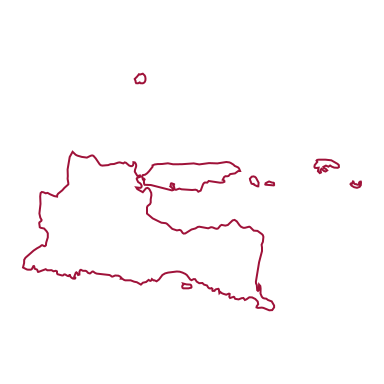 Jawa Timur, Robinson projection
{"feature_id": "IDN-1233", "entity_name": "Jawa Timur", "entity_type": "Province", "adm_level": 1, "iso_a3": "IDN", "parent_name": "Indonesia", "parent_adm1": "", "projection": "robinson", "projection_center": [113.217, -7.252], "detail": "fine", "context": "isolated", "style": "outline", "palette": "rose", "viewbox_px": 384, "rotation_deg": 0, "n_neighbors": 0, "source": "natural_earth", "source_scale": "10m", "svg_char_len": 6004}
<svg xmlns="http://www.w3.org/2000/svg" viewBox="0 0 384 384"><path d="M72.6,151.8L75.6,154.7L77.3,155.6L81.8,156.9L86.9,157.6L90.6,155.8L92.1,155.4L93.4,155.8L95.7,158.4L99.6,164.2L100.7,165.2L102.3,165.6L108.2,165.1L110.5,164.2L114.0,164.0L118.2,162.6L119.8,162.4L123.3,163.4L124.7,162.4L126.0,162.8L129.2,165.6L130.7,166.1L132.0,166.1L133.0,165.3L133.4,163.7L133.4,162.2L134.8,162.4L135.7,163.6L136.2,165.1L136.1,166.7L135.0,169.8L134.8,171.7L137.2,175.7L137.9,176.0L139.9,175.4L140.4,176.7L137.2,177.9L136.7,178.6L136.9,179.5L138.2,182.1L139.9,183.1L141.1,184.4L141.7,186.0L141.3,187.4L140.3,187.9L136.2,187.4L137.3,189.1L142.8,192.2L145.9,188.4L147.4,187.9L148.5,188.4L149.5,189.4L151.2,192.8L151.4,195.2L150.7,199.4L150.7,202.5L150.1,204.0L147.6,206.0L147.0,207.3L147.0,213.6L152.7,218.4L161.4,222.7L165.8,223.2L167.1,223.9L172.3,228.9L176.9,230.4L179.7,229.9L181.1,230.6L182.7,233.0L183.7,233.6L185.3,233.4L191.5,229.5L195.5,228.4L197.7,227.0L199.3,226.7L208.2,228.3L211.0,227.2L212.6,227.4L215.3,228.5L216.9,228.8L218.1,228.4L220.4,225.6L221.6,224.9L225.3,225.6L227.8,225.0L232.6,220.4L234.6,219.9L236.8,221.4L239.5,225.2L241.1,226.8L243.3,227.8L244.9,227.8L249.2,226.7L250.2,227.1L253.7,230.6L257.5,230.9L261.9,234.1L262.9,235.2L263.4,236.9L262.9,241.8L261.6,244.7L262.0,247.4L262.0,251.1L259.1,262.2L255.9,281.7L256.0,283.3L256.8,285.1L257.2,290.2L258.0,290.9L258.8,290.0L259.1,284.6L260.3,286.0L260.6,288.5L260.5,293.6L261.8,296.7L262.9,297.9L264.1,298.4L266.3,298.7L268.0,300.0L271.7,301.4L274.1,305.5L274.1,307.4L272.2,310.1L269.3,310.3L263.4,307.9L261.8,307.6L258.0,307.9L256.5,307.4L256.7,306.3L258.2,304.2L257.7,301.5L255.3,299.0L252.1,297.4L249.3,297.3L246.5,299.3L244.9,300.0L243.4,298.0L241.6,298.2L238.6,299.4L235.5,298.9L234.9,298.6L234.3,297.1L233.7,296.8L230.1,298.0L229.3,296.8L229.7,294.0L229.0,293.6L226.2,294.7L223.3,293.8L221.5,293.0L220.4,292.0L219.4,293.1L218.8,289.3L218.3,288.8L216.0,289.3L215.1,289.9L214.5,290.9L212.6,290.9L212.4,290.6L212.4,288.8L211.5,288.1L210.3,288.5L209.2,288.3L208.2,287.5L207.0,285.5L204.0,284.6L202.4,283.0L199.2,283.2L196.7,281.6L195.1,279.2L193.7,279.1L191.5,280.2L190.2,279.5L186.9,275.1L185.3,273.9L182.5,272.6L179.7,271.7L176.8,271.5L168.1,272.6L165.1,273.4L162.4,275.0L159.0,279.5L156.6,281.3L154.4,280.3L153.5,280.4L151.9,279.1L151.4,280.2L150.9,280.7L150.2,280.9L148.6,279.9L146.1,282.0L142.9,282.7L140.9,284.6L136.8,282.2L134.2,281.7L130.6,280.3L125.2,280.3L124.2,280.0L122.3,278.8L120.8,278.7L121.3,277.7L120.0,276.5L118.4,275.7L115.2,275.5L112.6,276.6L111.7,276.5L110.5,275.5L109.3,275.0L96.7,273.6L95.2,273.0L93.1,271.5L92.4,271.5L90.1,273.4L89.5,273.4L88.1,272.9L86.5,271.2L85.5,270.8L82.9,270.8L80.9,269.8L80.1,270.2L79.4,271.8L79.4,274.6L78.1,275.0L77.0,272.8L76.4,272.3L75.8,272.7L74.2,276.8L75.2,277.4L75.4,277.9L75.1,278.5L74.3,278.7L72.8,278.5L71.5,277.7L70.4,276.6L69.9,275.0L69.4,275.0L68.6,276.1L67.5,275.9L65.2,274.5L64.2,274.4L63.2,275.3L62.2,275.5L57.5,274.2L57.0,273.0L57.0,271.4L55.8,270.8L53.5,271.3L51.6,270.2L47.3,270.3L45.7,269.2L38.5,271.9L37.9,271.8L37.4,270.2L37.0,269.6L34.7,268.7L34.3,266.7L33.9,266.0L33.4,266.1L31.8,269.1L30.8,269.7L28.0,269.7L26.7,269.4L23.0,267.5L24.1,263.1L24.2,259.8L25.5,257.7L33.6,250.6L37.0,248.3L39.9,246.7L41.6,245.3L42.4,245.2L44.1,246.1L44.8,246.2L45.5,245.7L45.9,245.3L46.2,242.6L47.8,237.4L47.8,233.3L46.7,231.4L44.1,228.5L41.0,227.9L39.8,227.3L39.2,223.0L39.5,222.3L41.3,220.9L41.6,220.0L40.3,217.6L39.4,213.5L40.5,203.9L40.2,196.4L40.6,193.1L41.8,192.0L43.5,192.3L45.7,193.3L47.6,192.9L50.1,194.3L54.3,196.1L57.1,196.6L57.2,195.1L58.1,193.7L62.3,190.3L64.4,187.9L68.3,184.4L68.3,183.0L67.6,178.8L67.8,176.1L67.6,169.4L69.7,157.0L72.6,151.8ZM234.7,165.9L237.9,167.3L239.0,168.4L240.1,171.0L238.1,171.1L235.0,173.4L230.2,174.1L228.5,176.0L227.1,176.3L225.4,176.2L224.1,177.1L222.7,179.8L223.8,180.2L224.4,181.0L224.4,181.8L222.8,182.5L220.1,182.7L208.7,181.0L207.3,182.6L204.9,182.5L203.8,183.2L203.0,184.4L200.7,190.6L198.3,191.7L197.1,190.3L195.5,189.7L192.1,190.0L181.6,189.3L179.3,188.6L176.0,189.8L174.6,189.5L174.1,186.8L173.3,185.8L173.2,185.3L174.1,184.8L174.1,184.2L171.6,183.3L171.1,183.4L170.7,184.2L170.8,185.8L170.3,186.3L173.4,189.1L173.2,190.0L172.0,190.4L150.8,185.0L144.6,184.8L144.1,183.9L143.9,181.6L144.1,180.5L144.6,179.4L144.1,178.9L143.5,180.0L142.9,179.6L142.3,177.0L142.4,175.5L142.8,175.1L145.1,174.7L147.1,173.3L149.1,171.2L152.6,166.7L152.5,165.4L154.6,164.5L157.5,164.1L162.0,164.0L167.9,163.3L173.2,164.3L181.9,164.2L193.7,163.4L199.2,164.4L209.1,163.1L217.4,163.4L226.3,162.0L229.4,162.4L230.8,163.0L233.4,164.6L234.7,165.9ZM338.8,165.1L338.9,167.1L337.8,167.8L334.2,167.6L331.7,166.6L330.1,165.5L328.4,166.7L325.9,165.6L323.3,166.9L323.6,167.9L325.7,168.8L327.2,170.4L325.6,171.5L324.1,171.1L321.5,168.8L320.4,170.3L321.0,172.5L319.8,173.1L317.9,171.2L318.6,167.7L316.1,168.0L314.9,167.8L314.4,166.9L314.7,165.1L317.3,161.9L316.5,160.6L317.2,159.9L318.6,159.7L325.7,159.7L331.3,160.3L337.6,163.9L338.8,165.1ZM142.8,73.7L144.6,75.4L145.2,76.6L145.5,78.5L145.4,80.3L144.9,81.7L144.0,82.7L142.8,83.3L140.3,83.2L139.7,82.4L138.0,83.3L136.2,83.2L135.7,82.3L135.5,80.8L134.7,79.0L137.1,76.6L139.0,74.2L139.8,74.6L142.8,73.7ZM256.0,177.8L258.6,182.7L258.3,186.3L257.3,186.3L254.2,184.8L253.7,183.9L252.5,184.0L251.5,183.6L250.2,180.3L249.9,178.7L251.7,176.7L253.5,176.4L254.9,176.8L256.0,177.8ZM360.6,180.8L361.0,182.2L360.8,185.2L359.6,186.9L357.0,187.8L354.1,187.2L351.5,185.6L350.5,184.1L351.2,183.3L352.3,183.5L352.9,181.4L353.4,181.5L354.0,183.2L354.9,184.1L356.0,184.1L357.3,184.7L359.9,184.8L360.1,184.4L359.5,184.4L359.0,183.1L359.2,182.4L359.7,182.0L360.1,182.1L360.3,182.5L360.6,180.8ZM190.2,284.6L191.0,285.1L191.4,286.1L191.5,287.2L191.2,287.7L188.6,288.3L183.2,288.3L182.5,287.8L182.2,286.6L182.5,285.4L183.5,284.6L183.0,283.5L186.5,284.4L190.2,284.6ZM272.1,182.6L273.5,182.7L274.0,183.1L274.1,185.1L273.8,185.4L265.7,184.7L265.3,184.5L265.6,183.2L268.5,181.7L269.1,181.5L272.1,182.6Z" fill="none" stroke="#9f1239" stroke-width="2"/></svg>